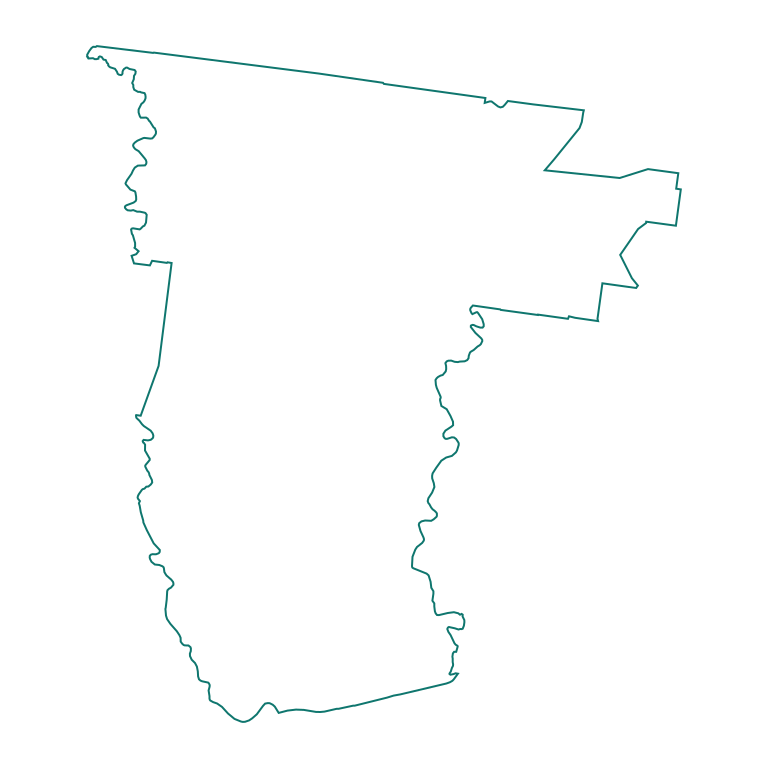 Darebin, Victoria, Australia (Albers equal-area conic projection)
{"feature_id": "25037944B70656955995006", "entity_name": "Darebin", "entity_type": "district", "adm_level": 2, "iso_a3": "AUS", "parent_name": "Australia", "parent_adm1": "Victoria", "projection": "albers", "projection_center": [145.008, -37.738], "detail": "fine", "context": "isolated", "style": "outline", "palette": "teal", "viewbox_px": 768, "rotation_deg": 0, "n_neighbors": 0, "source": "geoboundaries", "source_scale": "gbopen_adm2", "svg_char_len": 6049}
<svg xmlns="http://www.w3.org/2000/svg" viewBox="0 0 768 768"><path d="M583.8,110.3L533.3,104.4L507.9,101.0L504.7,104.9L502.8,106.8L500.4,107.4L498.1,106.5L491.6,101.5L489.8,101.4L484.7,102.9L485.4,98.0L383.9,83.9L383.0,82.8L319.2,73.6L153.8,52.6L153.2,52.9L96.9,46.1L95.7,46.9L93.2,46.8L91.5,48.0L89.2,51.1L87.2,54.7L87.2,55.8L88.1,57.3L87.6,57.3L88.4,58.5L93.0,58.2L94.7,59.1L96.7,59.1L98.4,58.7L98.5,57.7L98.8,57.0L99.9,56.4L101.7,57.0L103.5,59.6L105.7,60.0L107.0,62.9L107.9,63.6L108.3,64.6L108.2,65.4L109.0,66.4L110.2,67.3L115.0,68.8L117.0,71.8L117.7,73.8L119.0,74.7L121.1,75.1L122.1,74.4L122.5,73.6L122.5,72.0L123.0,70.4L124.0,69.0L126.1,67.6L127.1,67.6L129.6,69.0L134.6,70.0L135.7,71.5L135.4,73.7L134.0,75.9L133.8,79.2L132.2,83.0L133.3,85.0L133.3,87.1L134.2,89.7L138.1,91.9L140.2,91.9L141.1,92.4L144.5,93.1L145.3,94.7L145.6,96.8L145.5,98.4L144.6,100.6L143.4,102.3L141.4,103.9L138.6,109.5L138.6,112.5L139.4,115.0L140.0,116.6L140.9,117.7L146.1,117.6L147.7,118.6L149.1,120.9L149.9,121.5L153.6,127.4L154.9,128.3L156.0,131.5L155.9,133.5L155.4,134.6L153.5,137.2L152.2,138.4L150.3,138.6L144.4,137.9L143.3,138.1L137.4,140.7L134.8,142.6L133.5,144.1L133.1,145.3L133.4,146.6L134.3,148.0L135.4,149.2L138.7,151.2L144.7,158.4L145.9,160.1L146.4,161.8L146.4,162.9L146.1,164.0L145.0,165.4L137.9,165.6L134.8,167.6L133.0,170.5L131.5,173.8L127.0,180.2L125.5,183.3L125.9,184.4L130.4,189.6L134.8,191.3L135.4,192.4L136.1,196.6L136.2,199.6L135.7,201.0L133.6,202.6L126.4,205.3L125.2,206.2L124.9,206.9L125.0,207.8L126.2,209.3L127.7,210.3L130.9,210.6L133.2,210.1L137.2,211.7L140.1,211.7L144.7,212.7L145.5,213.1L146.7,214.8L146.0,222.6L144.4,225.7L142.9,226.4L140.9,228.5L139.7,229.4L133.0,228.3L131.6,228.7L131.1,229.6L131.9,233.8L132.9,235.3L135.1,243.0L135.1,246.7L134.5,247.8L138.6,251.2L136.2,254.2L131.6,255.8L134.0,263.4L149.9,265.4L152.1,260.8L166.9,262.9L167.5,262.3L171.6,263.0L158.6,365.9L140.7,415.7L136.2,415.1L136.0,415.6L136.2,417.2L136.6,418.1L139.4,420.7L142.0,424.2L143.8,426.0L150.7,430.7L152.6,433.3L153.3,435.4L153.2,437.1L152.7,438.2L150.8,439.8L148.0,440.4L143.6,439.9L142.7,441.1L143.2,442.5L144.0,443.0L145.1,444.7L145.0,450.5L149.7,458.7L149.7,460.0L145.7,464.8L145.2,465.8L145.3,466.7L147.3,470.7L148.3,471.8L149.1,473.3L149.4,475.0L151.9,480.0L152.2,482.5L150.8,484.5L148.4,486.5L146.3,486.7L144.5,488.6L142.6,489.2L141.7,490.1L138.7,494.4L137.9,496.1L137.6,497.6L138.0,498.7L139.9,501.1L138.9,503.2L139.7,505.8L140.8,512.2L143.2,520.5L143.4,522.5L146.8,530.1L153.7,543.4L159.8,550.0L159.7,551.9L159.1,552.9L158.1,553.5L155.9,554.3L152.4,554.2L150.8,554.7L149.8,555.9L149.7,557.7L150.1,559.1L151.5,561.8L154.8,564.5L159.3,565.0L162.5,566.3L163.6,567.3L163.9,568.3L164.4,572.1L165.7,574.3L166.5,575.5L171.4,579.8L173.0,581.9L173.4,583.2L173.4,584.8L171.0,587.6L168.9,588.8L167.5,590.2L167.2,591.3L166.7,599.7L165.7,607.9L165.4,608.9L166.0,615.6L167.1,619.1L170.4,623.9L176.8,631.2L179.4,635.1L180.6,637.8L180.7,641.6L182.1,643.6L183.6,645.0L184.8,645.4L188.5,645.5L190.5,647.2L190.9,648.5L190.8,651.1L189.9,653.6L190.0,656.1L191.7,659.7L195.0,663.0L196.9,666.6L197.8,671.3L198.1,676.4L199.0,679.3L200.5,680.6L202.2,681.3L208.2,682.6L209.0,683.5L209.7,685.1L209.6,686.7L208.6,690.5L209.5,696.1L209.5,698.6L209.8,699.8L210.3,700.5L213.1,702.1L217.1,703.5L222.0,706.9L228.0,713.5L234.5,718.9L240.9,721.5L242.6,721.9L245.0,721.8L249.1,720.4L252.1,718.4L256.8,714.3L263.0,705.9L265.1,703.6L267.8,703.1L269.7,703.2L272.7,704.7L274.8,706.6L278.7,712.9L287.5,710.6L296.0,709.6L303.8,709.9L315.9,711.9L320.2,712.0L324.5,711.6L336.7,708.8L338.6,708.8L353.0,705.7L354.6,705.7L387.1,697.6L393.6,695.6L400.3,694.4L446.4,683.5L450.0,682.2L452.4,680.8L453.8,679.3L457.9,673.7L455.6,673.3L453.5,674.1L450.4,674.7L449.5,674.0L449.5,673.5L450.8,671.5L451.9,668.0L453.0,665.8L453.1,664.3L452.7,662.1L452.7,658.5L452.4,656.7L452.9,653.4L454.1,651.8L456.2,651.8L457.7,646.5L457.5,645.8L455.7,644.7L454.5,643.3L450.6,635.1L448.4,631.9L447.3,629.0L447.9,627.6L448.9,627.0L454.8,628.3L458.5,629.5L460.2,629.0L461.7,629.1L462.7,628.7L463.9,625.7L464.4,622.1L464.3,620.0L462.6,616.5L462.7,614.7L461.6,613.9L460.0,614.7L458.3,613.3L453.9,612.2L447.8,613.0L438.9,615.1L437.0,615.0L435.7,613.4L434.9,611.3L434.3,606.5L434.3,603.4L432.4,600.7L433.4,593.8L433.4,591.2L431.3,587.8L430.6,581.8L428.6,575.4L426.6,573.6L413.2,568.2L412.3,567.5L412.0,566.2L412.5,556.8L415.3,549.6L417.0,547.0L422.2,542.9L423.8,540.6L424.0,539.2L423.5,537.5L420.5,531.0L418.8,524.9L419.2,523.2L421.4,521.4L425.1,520.5L431.2,520.8L433.7,519.3L436.5,516.8L436.9,515.9L436.9,513.6L436.4,512.6L434.5,510.7L432.6,509.3L431.1,507.4L429.4,504.2L428.4,503.1L427.7,501.1L428.4,498.2L432.1,492.6L434.4,487.0L433.8,483.2L432.2,478.4L432.1,475.9L432.6,473.4L436.2,467.8L441.3,460.7L446.2,457.5L451.9,455.9L455.9,452.4L457.0,450.5L458.7,445.0L458.7,443.2L458.2,442.2L456.1,439.0L454.1,437.5L451.9,437.3L447.3,438.8L445.9,438.9L444.7,438.3L443.4,436.3L443.4,433.7L445.4,430.6L451.5,426.6L453.1,425.2L453.0,421.7L450.5,416.0L446.7,409.2L441.4,406.0L440.1,400.5L440.1,399.1L440.7,397.8L440.6,396.7L436.7,387.8L435.9,384.8L435.5,380.0L436.6,378.3L438.0,377.0L440.5,375.6L442.7,375.0L445.7,371.4L446.2,369.1L446.1,366.0L445.4,363.1L446.7,361.4L448.3,360.7L451.2,360.6L454.6,361.8L457.9,362.1L459.6,361.6L464.7,361.3L467.2,360.1L468.5,358.3L468.8,355.7L470.0,352.5L471.0,351.6L473.7,350.0L477.6,346.5L479.6,345.3L480.8,344.2L482.3,341.1L482.2,339.8L481.3,338.4L475.4,332.9L470.8,327.0L470.9,325.6L472.4,324.9L473.7,325.0L476.3,326.3L480.3,327.6L482.6,327.6L483.7,326.3L483.7,324.2L482.2,319.2L478.2,313.2L477.3,312.2L476.5,312.2L472.4,314.1L471.5,313.1L470.3,310.4L470.2,309.1L470.8,307.8L472.9,305.5L500.3,309.4L500.7,309.9L538.0,315.0L538.1,314.6L538.6,314.7L568.0,318.8L569.0,316.3L575.1,317.8L598.1,321.1L597.5,318.8L602.4,283.3L636.1,288.0L637.9,285.6L631.9,278.2L620.2,254.9L638.1,229.0L646.1,223.0L646.2,221.7L675.9,225.7L680.8,189.4L676.2,188.7L678.3,173.2L648.0,169.1L619.7,178.0L544.8,170.3L554.1,159.4L579.5,128.1L581.8,122.0L583.2,112.7L583.8,110.3Z" fill="none" stroke="#0f766e" stroke-width="2"/></svg>